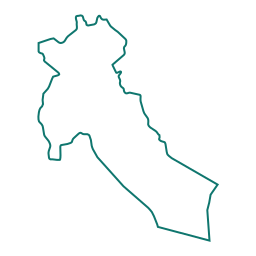 the Province of Djelfa
{"feature_id": "DZA-2212", "entity_name": "Djelfa", "entity_type": "Province", "adm_level": 1, "iso_a3": "DZA", "parent_name": "Algeria", "parent_adm1": "", "projection": "albers", "projection_center": [3.218, 34.323], "detail": "fine", "context": "isolated", "style": "outline", "palette": "teal", "viewbox_px": 256, "rotation_deg": 0, "n_neighbors": 0, "source": "natural_earth", "source_scale": "10m", "svg_char_len": 2942}
<svg xmlns="http://www.w3.org/2000/svg" viewBox="0 0 256 256"><path d="M209.5,240.6L157.9,226.9L157.2,224.4L154.0,216.3L151.9,212.1L150.2,210.0L148.3,207.9L123.5,186.3L97.4,157.2L92.9,149.2L92.2,147.4L91.7,145.7L90.9,140.0L89.4,135.6L88.7,134.8L87.3,134.2L84.2,134.2L83.3,134.1L82.7,133.9L81.2,133.0L80.5,132.8L79.6,133.0L78.6,133.7L73.8,138.1L73.0,139.0L72.5,140.0L71.9,141.9L71.3,142.5L70.4,143.0L67.4,144.0L61.7,145.0L61.0,145.2L60.7,145.6L60.4,146.2L60.3,147.1L60.5,155.3L60.4,157.6L60.1,159.5L59.9,159.8L59.5,159.9L57.3,159.9L52.2,159.3L50.4,159.3L49.5,158.8L49.0,157.8L48.5,153.6L48.5,152.7L48.8,150.9L50.2,146.8L50.3,145.6L50.1,144.3L49.4,142.5L48.6,141.0L47.6,139.7L45.4,137.0L44.5,135.7L44.1,134.5L43.0,127.8L42.6,126.0L41.9,124.7L41.2,123.8L39.8,122.4L39.0,121.4L38.5,119.4L38.4,116.6L38.9,112.3L39.5,109.9L40.3,108.2L42.1,106.3L42.6,105.0L43.0,104.1L42.6,100.0L43.4,93.7L47.8,88.8L49.1,86.5L52.1,78.8L53.1,76.7L53.3,76.6L57.7,75.4L58.7,74.9L59.2,74.3L59.0,73.5L58.2,72.5L44.7,61.5L44.3,60.9L44.0,60.4L44.1,59.5L44.4,58.6L44.3,57.5L43.9,56.4L43.1,54.6L42.7,53.9L42.3,53.6L41.1,53.3L40.5,53.1L39.4,52.5L38.9,52.0L38.6,51.4L38.6,43.0L50.5,39.0L53.6,38.4L53.8,38.5L58.5,42.2L59.4,42.7L60.4,43.0L61.5,42.9L62.5,42.6L63.5,42.1L64.5,41.2L65.2,40.2L66.3,38.3L66.6,37.9L67.3,37.0L68.4,35.9L75.8,30.1L76.4,29.4L76.8,28.7L76.9,27.8L76.9,26.7L76.7,24.5L76.7,23.9L76.8,22.3L76.7,21.6L76.1,19.5L75.9,18.3L75.9,17.2L76.3,16.3L76.8,16.1L77.6,15.9L78.7,15.8L80.6,15.4L81.9,15.7L82.7,16.4L83.0,17.2L83.5,19.0L83.8,19.9L84.3,20.6L85.5,21.4L85.8,21.9L86.1,22.6L86.5,24.7L87.1,25.2L88.1,25.5L94.1,24.4L95.2,23.8L95.9,23.2L96.4,22.1L97.3,18.0L98.0,16.8L98.8,15.9L99.5,15.8L100.0,16.1L100.8,17.8L101.3,18.5L102.0,19.2L103.0,19.6L103.9,19.7L106.6,19.5L110.1,25.5L110.9,26.5L115.4,30.2L116.3,30.8L117.8,31.9L125.3,38.9L125.9,39.7L126.3,40.7L126.3,42.1L126.2,43.4L125.9,44.6L125.5,45.5L125.0,46.1L124.4,46.7L124.1,47.4L123.9,48.2L124.1,49.4L124.7,52.3L124.7,53.3L124.4,54.2L123.8,55.0L112.5,64.7L112.7,65.5L115.6,71.5L116.2,72.6L116.7,72.8L117.4,72.7L119.7,71.6L120.5,71.5L120.9,71.7L121.0,72.4L120.7,73.1L120.2,73.8L119.6,74.6L119.0,75.3L118.7,76.0L118.7,76.4L118.7,76.6L118.7,76.8L119.0,77.6L119.9,79.5L120.1,80.3L120.2,81.2L119.9,82.7L119.9,83.5L120.1,84.5L120.4,85.4L121.1,86.5L122.0,87.3L123.2,88.2L123.6,88.7L123.8,89.5L123.9,90.4L124.2,91.6L125.0,92.7L126.0,93.3L127.1,93.3L129.2,92.7L130.2,92.7L139.7,94.8L140.2,95.1L140.5,95.6L140.6,96.5L140.5,98.8L140.5,100.1L140.7,101.6L143.5,111.4L144.4,113.5L147.6,118.0L148.1,119.2L148.3,120.6L148.3,122.0L148.2,123.4L148.2,124.6L148.8,125.9L150.2,127.4L155.6,131.0L156.6,131.9L158.4,134.4L159.4,135.1L159.6,137.1L159.5,137.8L159.1,139.0L159.2,139.5L159.7,140.1L160.7,140.9L162.0,141.4L164.1,142.0L164.8,142.4L165.2,143.2L165.5,144.1L166.7,151.8L167.2,153.8L167.6,154.6L169.0,156.0L171.8,158.2L217.6,184.6L210.6,194.7L209.2,202.7L207.3,210.1L209.5,240.6Z" fill="none" stroke="#0f766e" stroke-width="2"/></svg>